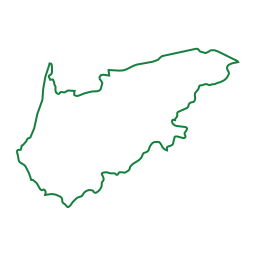 map outline of Western (Robinson projection), rotated 89°
{"feature_id": "GHA-2162", "entity_name": "Western", "entity_type": "Region", "adm_level": 1, "iso_a3": "GHA", "parent_name": "Ghana", "parent_adm1": "", "projection": "robinson", "projection_center": [-2.27, 5.896], "detail": "fine", "context": "isolated", "style": "outline", "palette": "green", "viewbox_px": 256, "rotation_deg": 89, "n_neighbors": 0, "source": "natural_earth", "source_scale": "10m", "svg_char_len": 4728}
<svg xmlns="http://www.w3.org/2000/svg" viewBox="0 0 256 256"><g transform="rotate(89 128 128)"><path d="M57.7,94.0L56.7,92.6L50.0,58.7L50.1,57.1L50.8,56.1L52.3,55.1L52.8,54.5L54.4,49.2L54.2,48.5L53.1,46.1L52.0,44.5L51.7,43.5L51.8,40.1L53.2,36.4L63.0,17.4L64.0,16.7L64.1,17.0L65.0,22.1L65.6,24.0L66.5,25.8L66.7,26.2L67.1,26.7L67.8,27.3L68.3,27.6L68.8,27.8L69.9,27.9L70.3,27.9L70.8,27.8L74.0,26.3L74.9,26.1L75.8,26.3L77.1,26.9L79.7,28.5L80.9,29.8L81.9,31.0L83.9,35.2L84.3,37.2L85.6,40.5L85.7,41.1L85.8,42.8L85.9,43.4L86.0,43.9L86.2,44.3L86.4,45.3L86.4,45.9L86.4,46.4L85.7,48.2L85.5,48.7L85.5,49.3L85.6,50.1L85.8,51.1L86.3,52.6L86.6,53.6L86.6,54.4L86.6,55.0L86.9,55.5L87.2,55.8L87.6,56.1L89.9,56.8L90.7,57.2L94.0,60.1L94.4,60.3L95.3,60.5L96.4,60.6L99.6,60.3L100.3,60.4L101.1,60.6L102.2,61.2L102.8,61.7L103.1,62.2L103.5,64.2L103.8,65.2L104.3,65.9L104.7,66.3L105.1,66.6L105.5,66.8L107.2,67.3L108.2,67.8L108.7,68.2L109.0,68.7L112.8,77.7L113.2,78.1L113.7,78.4L114.1,78.5L116.5,78.6L117.0,78.7L117.4,78.8L118.3,79.4L119.4,80.4L120.2,80.8L120.9,80.8L120.6,83.1L120.8,83.4L121.3,83.7L122.0,83.8L122.6,83.8L123.2,83.7L123.6,83.6L124.4,83.2L124.7,82.9L125.8,81.7L126.1,81.3L126.5,80.3L126.8,79.3L127.0,78.2L127.9,71.5L128.1,70.8L128.5,69.7L129.0,69.2L129.5,69.0L130.0,69.0L130.4,69.1L131.2,69.5L133.8,71.4L134.3,71.5L135.0,71.5L136.8,70.8L137.5,70.7L138.1,70.8L138.5,71.1L138.8,71.4L138.9,71.8L139.0,72.1L139.0,72.6L139.0,73.1L137.4,78.6L137.3,79.8L137.3,80.3L137.4,80.8L137.6,81.3L138.4,81.7L144.6,83.3L145.0,83.5L145.3,83.8L145.6,84.1L146.3,85.3L146.5,85.8L146.9,87.3L147.0,87.9L147.3,88.4L147.8,89.1L148.4,89.4L149.0,89.5L151.0,89.4L150.5,90.8L149.9,91.8L148.6,93.2L147.5,94.0L145.2,95.1L143.8,96.0L143.1,96.6L142.7,97.1L142.6,97.6L142.4,98.8L142.4,100.0L142.5,101.2L142.6,101.8L142.8,102.6L143.5,103.8L143.8,104.2L146.3,106.1L147.7,106.8L148.4,107.1L148.8,107.2L150.6,107.8L151.3,108.4L152.1,109.4L152.4,110.0L153.3,112.6L153.6,113.0L153.9,113.3L154.3,113.5L156.9,114.7L158.2,115.5L158.6,115.8L158.9,116.1L160.5,117.9L164.3,124.2L164.6,124.5L164.9,124.8L166.4,126.2L166.8,126.4L167.2,126.6L169.2,127.2L169.6,127.4L170.1,127.9L170.8,128.7L171.9,130.5L172.4,131.5L172.6,132.3L172.5,132.9L172.2,134.6L172.1,136.1L172.1,137.1L172.3,137.7L172.7,138.1L173.8,138.7L174.4,139.2L174.6,139.8L174.5,140.3L174.3,140.7L173.7,141.3L173.4,141.7L173.2,142.1L173.1,142.6L173.0,143.2L173.1,145.1L173.0,146.2L172.5,148.2L172.0,149.8L171.9,150.6L171.9,151.7L172.2,153.6L172.6,154.4L173.0,154.9L173.5,155.0L173.9,154.9L176.7,153.6L177.6,153.4L178.6,153.2L179.1,153.3L179.6,153.4L180.0,153.6L180.4,153.8L181.4,154.7L181.8,154.9L182.3,155.1L182.7,155.2L184.8,155.3L185.8,155.4L186.7,155.8L187.5,156.2L189.1,157.2L190.2,158.3L191.3,159.6L192.1,161.0L192.2,161.4L192.2,161.9L192.1,162.2L191.7,163.0L191.4,163.4L191.1,163.6L190.7,163.7L190.3,164.0L190.0,164.3L189.8,164.7L189.6,165.8L189.4,166.9L189.4,167.5L189.4,168.0L189.7,169.1L190.2,170.8L191.6,172.7L191.9,173.0L192.6,173.6L193.4,174.0L193.9,174.3L194.5,174.7L195.2,175.5L195.5,176.0L195.8,176.7L196.4,178.9L196.7,179.6L197.0,180.1L198.1,181.5L200.9,184.4L204.3,186.9L204.8,187.5L205.7,188.6L206.0,189.3L205.9,189.8L205.7,190.2L203.1,192.4L202.1,193.9L201.8,194.2L201.4,194.5L201.1,194.7L200.7,194.8L200.3,195.0L199.8,195.0L198.6,195.0L198.2,195.1L197.4,195.3L197.0,195.5L196.6,195.7L196.3,196.0L195.9,196.3L195.4,197.0L193.8,200.5L193.4,201.5L193.1,202.6L192.8,204.9L192.7,205.9L193.5,212.2L193.4,212.2L192.2,211.6L190.7,211.5L189.3,211.9L188.2,212.8L188.1,213.6L188.7,215.1L188.5,215.8L187.9,216.5L187.6,216.9L181.8,220.1L180.8,221.0L178.3,224.0L178.1,224.7L178.3,225.4L178.2,225.8L177.5,226.0L176.7,226.1L170.9,228.0L164.4,231.3L163.0,232.6L161.0,235.9L159.7,237.3L158.5,237.8L152.7,238.7L151.5,239.2L149.3,239.3L148.7,239.2L148.1,238.5L147.9,237.5L148.0,236.5L147.8,235.6L146.7,235.3L146.0,235.1L144.7,234.7L143.8,234.6L143.8,234.2L143.1,233.2L139.4,229.9L137.7,229.1L136.8,228.5L136.5,227.7L136.4,227.0L136.0,226.2L135.5,225.7L126.7,221.8L112.4,218.4L98.4,213.1L87.4,212.1L75.2,209.7L63.4,205.6L62.1,205.3L62.4,203.7L63.0,203.5L63.8,203.2L64.8,203.0L70.8,203.0L72.7,203.7L73.2,204.2L74.2,205.9L74.7,206.3L75.8,206.1L77.5,205.3L78.4,205.0L78.2,202.3L80.6,201.2L83.6,200.7L85.4,199.7L88.8,199.9L90.8,199.5L92.0,198.6L92.8,196.8L92.3,196.1L91.2,195.1L90.9,194.7L90.9,193.9L91.2,191.8L91.3,191.0L90.9,189.9L89.7,188.0L89.5,186.7L90.0,180.7L92.9,181.3L94.0,181.1L94.8,179.9L95.1,178.2L94.7,176.5L92.4,170.3L90.9,163.5L90.7,158.4L90.4,156.9L89.7,155.6L88.6,154.6L82.6,152.9L81.2,153.5L78.5,155.4L76.8,155.6L74.8,154.3L74.3,151.9L75.2,145.9L69.7,146.4L70.5,135.4L70.3,131.9L69.3,128.5L66.0,121.7L64.8,118.3L62.2,102.3L60.4,96.9L57.9,94.3L57.7,94.0Z" fill="none" stroke="#15803d" stroke-width="2"/></g></svg>